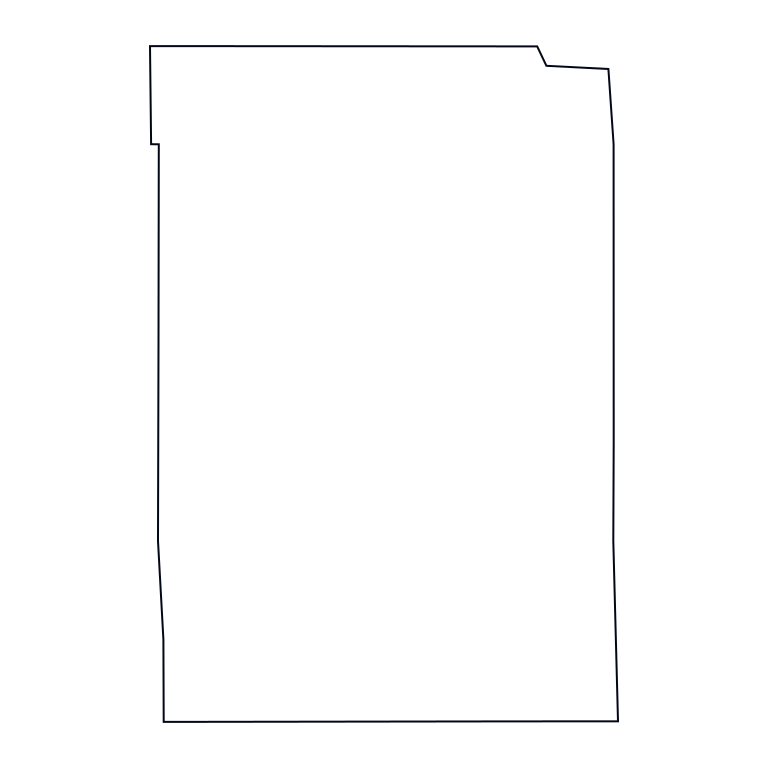 Todd, Minnesota, United States of America (Robinson projection)
{"feature_id": "52423323B13175905276165", "entity_name": "Todd", "entity_type": "district", "adm_level": 2, "iso_a3": "USA", "parent_name": "United States of America", "parent_adm1": "Minnesota", "projection": "robinson", "projection_center": [-94.915, 46.071], "detail": "fine", "context": "isolated", "style": "outline", "palette": "ink", "viewbox_px": 768, "rotation_deg": 0, "n_neighbors": 0, "source": "geoboundaries", "source_scale": "gbopen_adm2", "svg_char_len": 314}
<svg xmlns="http://www.w3.org/2000/svg" viewBox="0 0 768 768"><path d="M150.0,46.1L151.1,144.2L158.8,144.3L158.5,343.6L158.0,541.0L163.4,639.5L163.7,721.9L505.3,721.4L618.0,721.3L613.3,541.0L613.7,441.6L613.6,144.2L608.4,69.0L546.4,65.8L537.2,46.4L150.0,46.1Z" fill="none" stroke="#020617" stroke-width="2"/></svg>